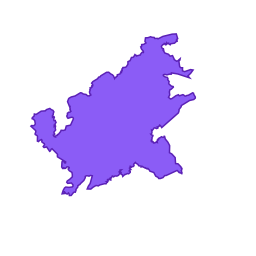 Cuayuca de Andrade, Puebla, Mexico (orthographic projection), rotated 328°
{"feature_id": "50627088B9044190088910", "entity_name": "Cuayuca de Andrade", "entity_type": "district", "adm_level": 2, "iso_a3": "MEX", "parent_name": "Mexico", "parent_adm1": "Puebla", "projection": "orthographic", "projection_center": [-98.207, 18.433], "detail": "fine", "context": "isolated", "style": "filled", "palette": "violet", "viewbox_px": 256, "rotation_deg": 328, "n_neighbors": 0, "source": "geoboundaries", "source_scale": "gbopen_adm2", "svg_char_len": 5731}
<svg xmlns="http://www.w3.org/2000/svg" viewBox="0 0 256 256"><g transform="rotate(328 128 128)"><path d="M46.0,83.8L45.9,84.5L46.8,86.0L46.9,87.0L44.2,91.1L44.9,92.1L46.3,91.7L48.4,91.9L48.6,92.7L47.6,94.0L47.6,94.5L48.7,96.9L48.4,97.9L46.2,98.8L46.3,99.4L46.5,100.1L49.0,101.0L49.2,106.3L50.0,106.3L51.6,105.3L52.6,105.3L54.2,112.4L54.1,113.5L53.4,114.0L52.9,115.1L57.2,123.7L56.5,124.5L55.9,124.2L55.8,122.9L56.2,121.9L55.4,121.2L54.1,121.7L51.1,125.9L51.1,127.7L52.1,128.3L52.4,127.1L52.8,128.6L53.6,129.1L55.8,128.6L57.0,129.7L57.2,130.4L56.9,130.8L55.9,130.8L55.4,131.5L55.6,133.2L56.9,135.9L56.1,138.0L54.9,139.9L51.4,140.6L48.5,140.7L47.3,141.5L47.5,143.0L50.9,144.7L51.2,147.2L50.2,148.4L49.4,148.4L46.5,147.1L43.9,145.1L42.4,145.2L39.9,146.6L37.2,148.9L39.6,150.0L40.0,148.3L40.3,148.4L40.5,150.4L41.4,151.8L43.1,151.5L43.2,152.3L42.5,154.2L44.1,155.1L47.7,153.8L48.8,154.0L49.3,154.5L50.9,153.3L51.3,152.5L54.2,151.4L55.0,150.3L57.4,150.4L58.1,150.0L62.8,149.1L65.4,147.5L66.1,146.4L67.5,146.5L68.9,147.5L69.4,148.2L71.0,148.3L72.4,149.6L66.5,155.0L63.4,156.4L61.1,158.1L64.1,160.1L67.1,159.7L70.4,159.8L72.2,161.4L73.7,161.3L78.6,162.8L79.8,163.7L81.3,162.9L81.8,163.1L82.1,162.7L81.6,162.0L83.2,162.4L83.4,160.9L84.3,161.2L85.8,163.0L86.2,162.4L85.9,161.2L86.6,160.9L87.5,161.5L89.2,160.4L89.6,160.7L89.9,161.8L91.6,161.8L93.1,162.9L94.9,163.1L97.2,162.1L97.2,160.5L98.2,160.2L99.0,159.4L100.0,159.9L99.3,160.0L99.1,160.5L98.1,160.9L98.0,161.5L98.5,162.2L97.6,163.3L98.4,164.7L97.9,166.3L100.7,165.7L101.0,166.0L103.3,166.3L104.3,167.2L106.4,166.8L107.0,165.8L106.3,165.0L107.8,164.2L108.3,164.5L108.0,162.8L108.6,162.7L109.6,161.6L110.1,162.1L109.9,163.1L111.4,163.1L112.2,163.5L113.2,163.1L113.6,161.7L116.0,161.1L116.1,162.1L117.1,164.0L117.1,165.7L119.4,167.8L118.8,168.1L119.9,168.6L121.4,171.2L121.8,171.1L122.5,172.9L123.4,172.8L123.8,174.8L123.7,176.2L126.3,179.4L126.0,183.5L127.3,185.8L127.3,187.1L128.7,188.0L131.4,188.6L133.9,187.8L135.2,188.5L147.0,190.0L147.3,190.2L147.7,192.8L148.0,193.2L148.3,193.1L149.4,195.2L150.0,194.7L150.6,192.3L151.3,192.1L152.2,191.0L151.9,190.9L152.3,188.9L151.4,184.8L149.5,183.4L152.3,178.1L151.4,173.2L150.1,170.9L154.0,165.0L154.3,161.2L153.8,157.0L154.6,154.5L154.3,154.2L153.6,154.8L152.6,154.4L151.7,153.1L150.1,153.3L149.3,153.0L147.8,153.3L148.3,153.6L147.9,153.9L144.7,154.7L145.5,155.1L145.2,155.8L144.9,155.3L142.0,154.5L141.7,153.9L142.1,153.3L141.1,152.4L141.6,152.0L140.9,151.2L141.5,151.0L141.9,150.2L142.6,150.1L143.2,148.8L144.4,148.3L145.2,147.5L144.2,146.2L144.1,145.3L144.7,145.6L146.1,144.3L146.9,142.4L147.2,143.0L150.2,141.8L150.9,142.1L151.9,143.6L153.3,143.9L153.9,143.2L153.6,142.7L155.4,143.0L156.3,142.3L156.8,143.1L156.8,145.5L178.7,141.9L180.4,140.5L181.0,139.4L184.4,138.1L185.1,137.2L194.8,137.3L198.9,138.7L200.9,138.3L201.5,137.4L201.6,134.4L202.0,133.2L201.5,132.4L196.5,132.2L195.2,131.6L193.8,131.5L193.0,130.7L192.7,129.5L192.2,128.8L188.9,128.0L188.5,127.7L188.4,126.5L185.8,126.0L180.7,126.3L179.4,125.9L178.6,123.4L180.9,122.1L182.2,119.3L183.8,117.8L185.2,118.0L188.1,117.4L188.3,116.8L187.0,115.5L186.1,112.5L186.3,111.5L187.5,110.4L187.3,108.0L188.0,107.5L188.2,105.9L186.9,104.8L186.1,103.5L185.7,102.3L186.3,101.6L187.6,102.0L189.2,103.6L191.5,104.2L193.3,105.3L194.0,104.3L198.8,108.5L206.8,118.1L206.4,115.6L210.2,114.8L213.9,113.3L212.0,111.6L205.9,110.2L204.5,108.4L206.2,105.8L204.8,104.9L204.3,103.4L206.6,98.2L208.0,97.9L208.9,96.9L207.0,97.2L207.0,97.6L204.7,97.2L203.4,94.4L203.7,93.9L204.1,90.2L201.8,89.4L201.4,86.9L199.0,84.0L199.0,80.8L199.5,81.0L200.0,79.6L199.7,79.5L199.2,78.3L199.5,76.6L199.9,76.3L201.7,75.7L202.6,76.1L203.5,75.5L204.2,76.0L203.9,77.3L204.3,77.5L205.8,76.4L205.6,77.4L206.7,77.2L207.4,77.6L207.2,78.5L207.9,79.8L208.9,79.2L212.4,80.7L214.9,80.2L215.6,80.5L215.9,79.9L215.4,79.7L215.8,79.0L216.3,79.2L217.0,78.4L217.5,78.5L218.8,73.8L215.2,71.8L206.1,68.8L200.7,68.3L200.6,67.7L198.1,66.2L198.2,65.1L196.2,63.6L195.6,62.6L192.8,62.0L190.6,60.8L188.3,63.5L188.3,65.4L185.7,65.4L183.8,64.5L182.8,65.9L182.0,65.9L182.1,66.4L181.5,66.7L181.3,68.5L181.7,71.1L181.1,71.9L181.1,72.7L180.7,71.5L179.8,71.3L177.6,72.1L177.2,72.6L173.4,71.4L173.6,70.9L173.1,70.6L172.8,69.4L170.5,70.7L169.7,70.7L168.3,70.0L165.5,72.0L163.1,71.7L161.7,73.9L159.1,75.1L158.0,75.2L155.7,74.0L154.9,74.7L154.0,74.8L153.5,76.3L152.6,76.0L152.1,76.3L152.2,77.0L151.8,77.5L151.2,76.9L149.8,77.9L147.1,77.2L146.4,78.3L145.0,78.3L144.5,78.7L143.5,78.5L142.9,78.9L143.3,76.3L143.0,74.6L142.0,73.0L141.2,70.5L139.3,69.4L132.6,69.3L131.3,69.8L130.0,69.3L128.4,70.1L122.9,70.0L120.9,70.7L121.1,72.4L120.5,73.4L119.8,73.0L119.2,74.1L118.8,73.8L118.0,74.4L117.1,73.9L116.7,75.0L115.8,75.4L115.7,76.1L114.4,77.0L113.8,79.1L114.2,79.6L113.9,80.4L112.1,80.2L110.8,79.3L110.2,77.3L108.1,75.5L107.3,73.7L106.3,72.9L100.1,72.8L96.3,71.6L93.9,71.5L93.0,71.8L90.7,73.6L89.8,78.7L90.3,79.0L89.6,79.7L89.4,80.7L88.7,81.2L88.8,81.8L88.3,82.5L88.5,83.5L87.1,83.8L86.1,83.2L84.4,83.4L83.6,84.7L82.4,85.4L82.1,87.3L82.3,88.0L85.7,88.9L86.8,89.8L86.8,90.8L86.4,91.4L80.8,95.1L76.7,93.6L73.8,96.3L72.0,95.9L70.1,94.5L68.7,95.4L65.5,96.5L64.8,96.2L64.1,96.8L63.3,96.4L62.1,96.5L61.8,97.2L60.9,96.2L60.9,94.5L62.0,94.7L62.7,94.3L62.5,93.5L63.1,92.2L65.6,91.3L66.2,89.5L67.6,88.0L67.6,87.6L66.2,87.6L67.0,86.4L67.8,86.8L68.4,85.9L70.0,85.1L70.0,83.5L70.3,83.1L69.2,82.4L69.8,80.9L71.1,80.1L71.3,79.1L70.8,78.7L70.3,79.2L69.6,79.0L70.4,77.6L71.7,77.0L72.2,76.2L73.7,75.0L73.7,73.3L72.5,71.4L72.1,70.0L68.6,69.2L66.9,69.6L63.3,67.7L57.3,67.8L56.0,66.5L54.7,68.1L52.4,68.5L51.7,69.1L51.6,69.4L52.5,70.4L52.8,72.4L51.6,75.3L50.8,75.9L49.3,76.1L47.5,74.8L46.6,75.0L48.3,81.3L47.8,82.4L46.0,83.8Z" fill="#8b5cf6" stroke="#5b21b6" stroke-width="1.5"/></g></svg>